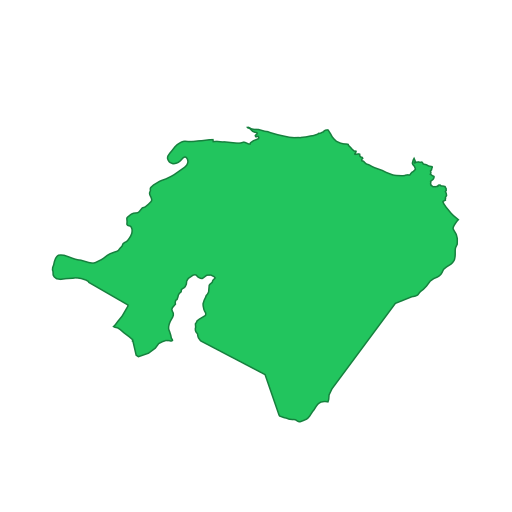 Troumassee, Micoud, Saint Lucia, rotated 289°
{"feature_id": "8701671B86080825614718", "entity_name": "Troumassee", "entity_type": "district", "adm_level": 2, "iso_a3": "LCA", "parent_name": "Saint Lucia", "parent_adm1": "Micoud", "projection": "robinson", "projection_center": [-60.903, 13.81], "detail": "fine", "context": "isolated", "style": "filled", "palette": "green", "viewbox_px": 512, "rotation_deg": 289, "n_neighbors": 0, "source": "geoboundaries", "source_scale": "gbopen_adm2", "svg_char_len": 6134}
<svg xmlns="http://www.w3.org/2000/svg" viewBox="0 0 512 512"><g transform="rotate(289 256 256)"><path d="M356.2,435.5L358.5,429.5L359.9,426.6L364.2,419.6L366.4,416.7L367.8,415.3L368.4,415.0L369.9,416.3L370.4,416.9L371.6,416.4L372.1,416.5L372.8,416.1L373.8,416.1L375.1,416.5L375.8,416.2L377.2,415.4L378.6,414.1L379.9,414.5L381.8,413.7L382.5,412.6L383.2,412.2L383.1,410.6L382.5,408.0L383.0,407.2L382.7,405.9L382.2,405.4L381.7,405.1L381.1,405.3L380.7,404.8L380.6,404.2L379.8,402.9L379.6,401.9L379.1,400.9L379.6,399.6L379.6,398.8L379.8,398.4L380.4,398.3L380.9,397.6L382.5,397.3L383.4,396.8L386.0,398.4L387.0,398.7L388.2,398.7L388.9,398.6L389.3,398.1L389.3,396.7L390.1,394.5L390.1,394.2L391.6,394.3L393.2,393.3L393.5,393.3L394.4,393.9L394.9,393.9L395.7,393.7L397.2,393.8L397.8,393.4L397.3,390.1L397.4,389.1L397.7,387.8L397.7,386.6L397.4,384.4L397.9,383.6L398.4,383.1L398.8,382.2L398.1,381.0L397.9,380.2L397.9,379.1L396.5,376.4L395.8,376.1L395.6,375.6L395.9,375.4L397.3,375.9L399.7,373.7L397.9,373.4L394.7,373.6L393.9,374.2L393.3,374.9L392.4,376.5L391.0,377.8L389.8,378.5L386.9,377.1L386.0,376.2L385.2,375.9L384.4,375.5L383.0,375.2L382.4,374.6L382.2,373.2L381.3,371.4L380.3,370.1L379.5,368.2L377.8,362.4L377.3,360.0L377.2,358.5L377.4,351.9L378.0,347.6L378.1,339.2L378.4,336.3L378.9,333.7L379.0,332.2L378.9,330.5L379.7,328.5L380.6,326.8L380.5,325.1L381.5,324.6L382.3,324.7L383.1,325.1L383.8,324.3L383.7,322.7L384.4,321.6L386.0,320.9L385.9,319.7L384.5,317.0L384.5,316.2L384.8,316.1L385.9,316.5L387.4,316.6L387.7,316.3L387.2,315.0L387.3,314.3L388.6,311.3L388.8,311.2L389.7,309.5L390.7,307.4L391.5,306.9L391.4,305.5L390.5,302.2L390.2,299.2L390.6,294.7L392.1,291.5L393.5,289.2L395.8,286.7L397.9,284.0L398.5,283.4L398.5,282.5L397.6,280.8L396.5,279.7L395.4,279.4L394.8,278.6L392.9,276.8L392.3,275.2L391.3,274.7L388.4,270.9L387.3,268.6L384.9,264.6L382.8,260.1L382.3,259.4L381.8,257.5L380.3,253.6L379.1,248.8L378.4,243.0L377.7,236.9L377.3,229.3L377.4,226.6L376.8,223.8L376.4,217.0L375.1,213.1L374.7,210.1L375.1,208.2L375.2,206.9L374.8,206.1L374.5,206.6L374.6,208.4L372.8,212.2L372.6,214.4L372.9,216.1L372.8,216.9L372.5,217.2L371.8,217.2L369.8,216.1L369.2,216.4L368.7,216.9L368.7,217.3L369.5,218.3L369.8,219.1L369.0,219.9L368.4,220.2L367.3,219.7L364.1,216.0L361.2,213.9L360.0,214.0L359.5,212.6L359.8,209.0L359.7,207.4L357.8,204.6L357.2,203.3L356.4,200.8L353.6,188.9L352.9,187.2L351.6,181.6L350.2,178.3L352.0,177.4L350.6,173.8L347.4,167.3L346.1,164.1L343.8,159.3L342.2,154.9L341.4,151.5L340.8,150.2L339.8,148.8L338.8,147.8L337.0,146.3L335.6,145.2L332.8,143.8L328.1,142.2L325.3,141.1L322.0,140.2L321.0,140.2L320.0,140.4L319.3,140.7L318.0,141.8L316.8,143.3L316.4,144.5L316.2,147.3L316.5,148.2L316.9,149.0L318.0,150.7L319.3,152.1L321.4,153.5L324.6,154.9L325.6,155.5L326.4,156.4L326.6,157.2L326.4,158.1L325.6,159.2L325.0,159.8L324.2,160.3L323.1,160.9L322.1,161.1L321.0,161.1L319.3,160.9L316.6,159.6L306.1,152.0L303.6,149.8L302.0,148.2L299.6,145.8L296.9,142.4L295.2,140.5L289.8,136.0L286.7,134.3L285.9,134.1L285.0,134.2L283.5,134.9L281.3,134.8L280.5,135.0L279.3,135.7L277.0,137.9L275.6,138.9L274.4,139.3L273.1,139.0L269.8,137.4L266.4,135.3L265.8,134.7L264.5,132.9L264.1,132.7L259.6,131.0L258.9,130.5L258.3,129.9L257.9,129.1L256.7,126.5L255.6,125.1L254.3,124.0L250.9,121.9L250.1,121.6L249.3,121.7L246.5,122.9L244.0,123.6L243.5,124.2L243.2,124.8L243.2,125.5L243.3,127.0L243.2,127.8L242.4,128.9L241.0,130.0L240.2,130.4L239.0,130.8L237.0,131.2L234.0,131.0L231.4,130.4L228.9,129.6L227.4,128.8L226.1,127.5L224.6,126.4L223.8,126.2L222.2,126.2L221.4,126.0L219.0,124.9L216.3,124.0L215.1,122.9L213.7,121.0L210.6,117.3L208.2,115.2L204.1,112.5L202.1,110.9L197.4,106.2L196.2,104.3L195.8,102.5L195.4,100.1L195.0,91.7L194.4,89.0L194.1,85.9L194.1,82.6L194.2,79.4L194.2,74.4L193.4,71.1L192.5,69.1L191.8,68.5L190.7,67.9L188.6,67.3L185.2,67.2L181.6,67.6L179.0,67.5L176.6,68.1L175.3,69.1L172.0,70.4L170.6,72.0L169.6,74.8L170.3,78.8L172.7,83.6L175.5,90.4L176.5,92.2L177.2,94.6L177.8,98.1L177.9,103.0L177.4,105.6L176.6,106.6L168.0,150.9L166.7,151.2L155.6,149.0L149.4,146.7L145.0,145.3L142.9,144.3L142.7,145.8L143.0,148.6L142.3,151.4L140.4,156.1L138.3,162.6L136.7,166.5L136.1,166.7L136.3,166.8L123.2,175.0L122.5,177.6L129.1,186.0L136.1,190.8L141.5,192.5L144.5,195.4L146.7,198.2L147.7,201.3L147.9,203.3L148.7,204.5L148.5,204.8L149.7,204.1L150.6,202.9L151.1,202.5L153.3,201.2L156.4,198.9L157.8,197.7L158.9,197.0L160.8,196.4L163.2,196.1L166.2,196.2L171.1,197.1L173.1,197.1L175.0,196.4L176.4,195.0L178.0,193.8L179.9,193.8L184.3,195.5L185.5,194.8L187.9,194.5L189.2,195.5L191.9,195.5L193.9,195.3L196.0,195.8L197.3,196.7L198.4,196.8L199.9,196.4L201.3,197.2L202.4,198.2L203.9,199.0L206.7,199.3L209.8,198.6L212.8,199.3L217.5,202.8L218.4,204.4L218.5,205.5L217.2,208.1L216.9,210.2L216.9,211.5L217.3,212.6L218.4,213.4L221.2,215.3L221.9,215.9L222.3,216.9L223.3,219.6L222.8,223.2L222.0,224.5L220.3,223.8L219.4,223.3L218.2,223.1L216.9,223.2L214.2,221.6L213.1,221.3L206.5,222.9L204.0,222.5L202.4,221.8L200.7,221.8L197.3,221.4L193.6,221.5L191.6,222.3L188.7,224.0L187.2,225.3L185.7,227.0L183.9,227.6L183.1,227.4L178.0,223.1L175.5,221.4L173.8,221.3L172.1,220.8L169.1,222.1L167.5,222.3L166.0,222.9L164.7,223.9L163.3,226.1L161.5,227.0L159.9,228.2L158.1,230.7L157.7,231.5L146.8,303.2L113.2,329.5L112.4,330.4L112.3,335.1L112.6,337.5L112.5,340.4L113.3,344.0L113.7,344.9L114.0,346.6L113.4,349.1L113.3,350.5L113.5,351.3L113.7,351.8L115.8,354.3L118.1,356.8L119.3,357.7L122.0,358.8L127.2,360.1L129.4,360.9L133.3,361.8L135.8,362.6L137.3,363.5L139.0,364.9L140.5,367.6L141.0,368.9L141.5,371.5L142.8,371.5L144.2,371.4L148.5,370.3L155.3,371.1L256.6,403.2L268.3,416.7L268.9,417.9L270.0,419.7L271.5,421.3L272.1,421.7L274.9,422.6L276.6,423.5L279.0,425.1L283.1,427.0L289.0,428.9L292.5,431.4L295.2,434.4L296.8,435.7L298.3,436.5L299.2,436.9L301.1,437.3L303.9,437.6L304.6,437.8L307.7,439.7L311.8,443.0L313.7,444.0L316.1,444.7L317.6,444.8L320.2,444.4L322.1,443.9L326.2,442.5L327.8,442.1L329.1,442.0L332.7,442.4L335.8,441.4L338.1,440.6L341.2,438.6L342.0,437.9L344.9,434.5L346.0,433.5L346.6,433.2L348.0,433.2L349.6,433.4L352.8,434.2L355.0,434.9L356.2,435.5Z" fill="#22c55e" stroke="#15803d" stroke-width="1.5"/></g></svg>